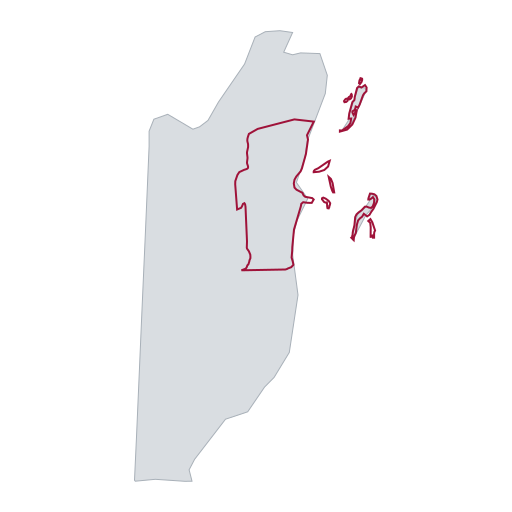 Belize highlighted on a map of Belize
{"feature_id": "BLZ-1323", "entity_name": "Belize", "entity_type": "District", "adm_level": 1, "iso_a3": "BLZ", "parent_name": "Belize", "parent_adm1": "", "projection": "albers", "projection_center": [-88.107, 17.657], "detail": "fine", "context": "in_parent", "style": "outline", "palette": "rose", "viewbox_px": 512, "rotation_deg": 0, "n_neighbors": 0, "source": "natural_earth", "source_scale": "10m", "svg_char_len": 4125}
<svg xmlns="http://www.w3.org/2000/svg" viewBox="0 0 512 512"><path d="M149.1,146.3L149.1,131.2L153.9,119.2L167.7,114.3L185.5,124.8L192.9,129.2L199.6,126.8L208.0,120.4L218.5,102.0L244.6,64.0L255.1,37.0L265.3,31.7L279.9,30.7L292.6,32.5L283.7,52.2L292.6,54.8L300.6,52.9L319.9,53.6L327.3,75.3L325.3,93.5L307.1,141.4L304.8,157.9L296.4,182.5L307.7,198.7L297.1,220.3L293.5,234.2L292.7,255.1L298.0,295.0L289.3,352.4L274.1,377.4L264.6,387.0L247.7,411.8L225.5,419.2L194.6,459.3L189.1,469.8L192.0,481.2L184.8,481.3L155.3,479.3L135.3,481.2L134.5,480.2L136.5,437.0L139.4,370.2L141.5,321.2L143.6,273.3L145.2,237.4L147.3,188.5L149.1,146.3ZM349.6,127.7L341.7,130.9L348.2,120.9L349.1,114.4L358.2,87.7L364.7,87.8L366.4,90.2L349.6,127.7ZM365.9,215.0L353.1,239.3L352.3,232.4L357.6,214.4L364.8,208.0L369.3,201.4L370.3,193.5L376.5,197.3L375.0,205.1L365.9,215.0Z" fill="#d9dde1" stroke="#a8b0b8" stroke-width="1"/><path d="M313.8,121.6L307.0,135.2L308.0,139.6L305.9,154.1L301.9,168.5L300.6,171.4L296.3,176.5L294.5,179.7L293.8,183.5L294.5,187.6L296.5,189.7L302.4,192.8L303.6,195.4L305.2,196.8L312.2,198.1L313.7,199.5L311.7,202.9L307.4,202.8L303.2,202.2L301.3,203.8L300.8,206.5L294.0,229.5L292.3,247.1L292.2,250.8L291.6,257.6L292.7,261.3L293.4,264.6L293.4,264.9L291.2,267.2L287.8,268.5L287.0,269.0L285.4,269.5L241.4,270.3L245.1,268.9L245.6,268.6L246.0,268.3L246.3,267.9L246.9,266.8L247.1,266.0L247.4,265.4L247.7,264.9L248.1,264.7L248.4,264.3L248.7,263.4L249.3,261.5L249.5,260.3L250.4,258.2L250.4,256.6L250.3,254.7L248.9,251.3L247.0,248.6L246.8,247.7L247.0,241.4L245.5,206.7L245.1,204.3L244.4,203.2L243.0,203.9L242.1,206.1L241.1,207.8L237.1,209.5L235.2,184.3L235.3,181.1L237.4,175.0L239.3,172.1L244.2,169.8L245.9,169.3L247.3,168.7L248.0,167.9L248.1,166.8L247.9,165.9L247.1,163.6L247.0,162.4L247.5,158.3L247.5,157.3L247.0,153.4L247.0,152.4L247.1,151.7L248.1,147.1L248.1,144.8L248.0,143.8L247.4,141.4L247.3,140.2L247.5,138.4L247.9,136.9L248.9,133.9L257.7,128.9L294.4,119.4L313.8,121.6ZM355.7,110.1L356.8,110.1L355.5,117.6L352.3,124.5L347.1,129.6L339.9,131.6L339.9,130.4L341.7,130.5L342.2,130.4L348.2,126.1L350.4,123.0L351.2,118.5L348.6,118.7L349.3,113.3L352.3,102.4L352.7,101.6L353.5,101.0L354.3,100.2L354.6,98.8L354.7,97.1L357.1,88.0L358.8,86.4L361.4,87.5L365.0,85.1L366.6,87.5L366.4,91.3L364.2,93.4L363.0,95.3L359.6,104.7L358.0,107.8L356.9,107.0L355.7,106.5L355.3,108.4L354.7,109.7L353.8,110.6L352.4,111.3L352.4,112.5L353.6,115.0L355.1,112.7L355.5,111.6L355.7,110.1ZM370.0,193.6L372.0,193.7L374.4,194.3L376.4,196.0L377.5,199.5L376.8,202.1L373.4,208.9L371.2,211.9L369.5,214.8L367.1,216.4L363.8,213.8L362.1,216.7L360.0,218.3L358.1,220.4L356.9,224.6L355.9,232.4L355.5,233.7L354.6,235.4L353.9,237.6L353.7,240.1L351.3,237.7L352.0,237.1L352.2,236.5L352.2,235.9L352.5,235.3L352.9,231.6L354.4,225.5L355.2,217.1L356.5,214.4L358.6,212.4L361.5,210.3L364.9,206.7L366.6,206.6L369.0,207.6L371.1,207.9L372.7,206.4L374.0,203.0L374.3,199.3L372.9,197.1L371.1,198.7L369.6,199.6L368.3,199.5L368.4,198.4L370.0,193.6ZM314.9,169.8L318.3,168.2L327.7,161.7L329.7,160.8L328.1,166.5L324.3,170.0L319.1,171.7L313.7,172.2L313.7,171.4L314.0,170.8L314.9,169.8ZM368.3,221.0L370.4,219.1L372.3,222.2L375.1,230.6L374.4,231.8L374.1,233.6L374.1,237.7L373.0,237.7L373.0,235.9L373.0,235.3L372.0,235.6L371.4,236.1L371.0,236.8L370.6,237.7L370.7,227.1L370.2,222.8L368.3,221.0ZM325.6,198.6L328.7,200.9L330.2,203.2L329.9,205.0L329.4,205.7L329.4,206.8L328.7,208.4L327.5,208.2L327.2,206.8L327.0,203.2L326.8,202.4L325.5,202.6L324.0,201.9L323.1,200.7L322.5,199.8L322.0,199.4L322.0,198.3L323.2,197.6L325.6,198.6ZM328.7,176.9L330.9,178.9L332.6,183.1L334.2,192.4L333.1,192.4L332.2,190.7L330.8,186.6L328.7,176.9ZM361.5,78.4L362.1,78.7L362.2,79.4L362.1,80.3L361.5,82.0L359.9,84.1L359.0,83.2L359.5,80.3L360.1,79.2L360.6,79.6L360.7,79.3L360.4,78.5L360.5,78.2L361.1,78.4L361.5,78.4ZM346.5,98.8L347.5,98.4L348.0,98.9L347.6,100.7L346.3,101.9L344.5,102.2L344.0,101.1L345.2,99.4L346.0,98.8L346.5,98.8ZM351.4,94.0L351.8,94.7L351.9,96.5L351.0,98.4L349.6,99.4L349.0,99.3L348.8,98.4L348.5,97.7L348.8,97.1L349.7,96.6L350.5,95.9L350.8,94.9L351.1,94.2L351.4,94.0Z" fill="none" stroke="#9f1239" stroke-width="2"/></svg>